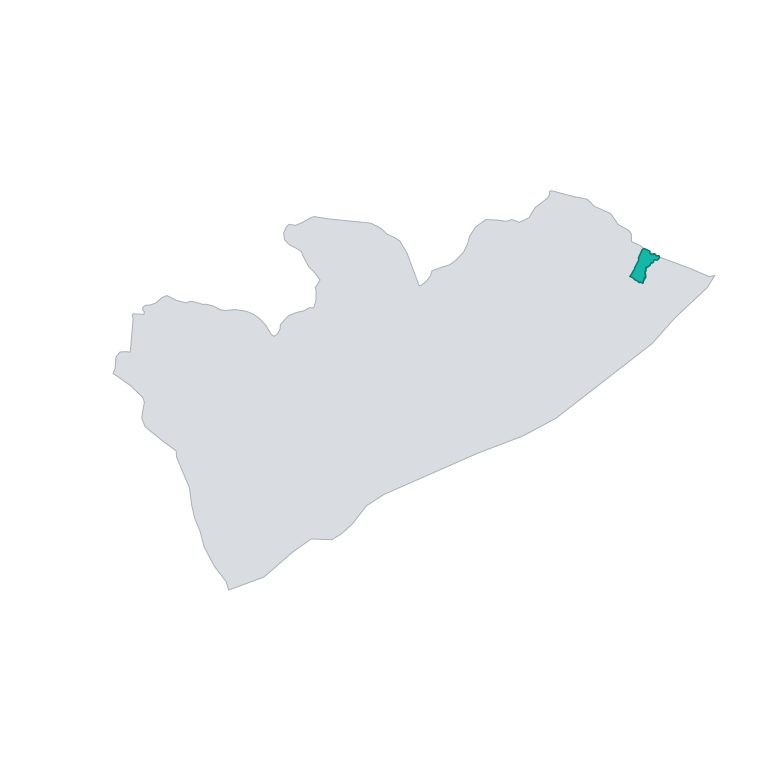 Nyenebo, River Gee, Liberia (highlighted), rotated 294°
{"feature_id": "62588387B68728641169413", "entity_name": "Nyenebo", "entity_type": "district", "adm_level": 2, "iso_a3": "LBR", "parent_name": "Liberia", "parent_adm1": "River Gee", "projection": "albers", "projection_center": [-7.727, 4.898], "detail": "fine", "context": "in_parent", "style": "filled", "palette": "teal", "viewbox_px": 768, "rotation_deg": 294, "n_neighbors": 0, "source": "geoboundaries", "source_scale": "gbopen_adm2", "svg_char_len": 4661}
<svg xmlns="http://www.w3.org/2000/svg" viewBox="0 0 768 768"><g transform="rotate(294 384 384)"><path d="M132.6,325.9L139.1,320.4L148.7,302.8L162.1,285.9L174.6,275.9L184.5,265.6L195.0,257.7L210.0,248.5L232.9,224.2L238.3,221.4L242.0,204.5L247.8,183.1L254.5,176.4L270.0,172.5L273.7,168.8L279.2,153.7L282.8,136.1L283.2,132.3L289.3,131.9L299.8,128.1L305.8,129.8L308.5,134.9L309.9,139.2L341.6,128.3L344.4,126.0L346.1,126.4L350.0,136.4L352.3,135.8L354.2,132.9L356.4,132.6L358.8,134.0L361.3,138.6L365.3,142.7L372.2,145.7L376.5,149.7L376.0,160.3L377.7,170.6L380.6,173.0L382.2,179.1L383.0,185.9L384.6,189.4L385.8,196.2L385.2,203.6L386.4,208.7L391.4,217.6L394.5,228.8L394.6,236.7L392.7,245.0L389.3,252.6L383.4,260.9L382.9,264.2L386.4,266.3L391.7,266.8L396.2,265.1L407.4,268.9L413.3,274.4L418.4,281.2L423.1,284.6L425.2,288.9L433.2,287.7L442.4,283.6L444.4,281.7L447.1,282.7L453.1,283.2L457.3,275.8L460.7,267.3L467.9,258.1L471.4,254.5L472.3,248.6L472.7,241.0L475.3,234.5L481.3,230.8L487.7,230.9L491.2,232.2L492.9,238.6L498.1,243.5L502.4,246.8L504.8,248.3L508.5,252.0L511.9,264.9L525.6,306.5L524.9,318.0L522.2,325.5L522.1,332.8L521.2,340.1L512.8,351.9L488.0,376.2L489.9,378.3L495.8,381.1L501.8,382.5L506.8,381.8L513.0,387.9L519.6,395.5L526.7,399.5L536.9,403.0L545.8,403.4L553.4,402.1L564.1,403.6L575.5,409.9L579.6,420.3L582.3,429.4L586.2,434.0L586.8,441.9L594.9,448.8L606.4,450.2L621.4,458.3L625.2,457.9L626.9,456.8L628.7,458.4L632.5,481.8L635.4,494.2L633.9,499.2L631.9,503.1L631.8,522.0L625.0,532.9L623.9,544.8L622.0,548.7L614.7,552.1L614.7,561.2L612.7,572.3L612.0,584.0L614.0,614.7L614.4,637.6L617.7,642.0L603.5,640.1L562.0,622.6L530.0,612.5L422.8,555.1L393.1,532.1L358.9,497.8L282.9,428.7L265.5,417.5L243.6,412.1L230.1,406.2L220.6,399.8L212.9,380.6L193.9,369.2L158.9,352.9L132.6,325.9Z" fill="#d9dde1" stroke="#a8b0b8" stroke-width="1"/><path d="M611.8,584.0L612.4,583.7L612.9,583.3L613.0,582.8L612.2,581.7L611.8,580.5L612.2,579.9L612.9,579.4L612.9,579.2L612.8,578.9L612.9,578.6L613.0,578.1L612.9,577.9L612.3,577.8L612.2,577.6L612.1,577.4L612.2,576.8L611.8,576.0L611.3,575.8L611.0,575.3L611.1,574.5L611.7,573.5L612.7,573.1L613.4,573.0L613.5,572.0L613.5,571.0L613.5,570.7L613.6,569.5L613.6,567.9L613.4,566.8L613.3,566.7L613.1,566.1L612.5,565.6L611.9,565.4L611.3,565.2L609.6,565.2L608.9,565.2L607.2,565.2L606.8,565.3L606.4,565.2L605.1,565.1L603.7,565.2L602.8,565.2L602.5,565.2L601.7,565.9L601.4,566.0L600.9,566.3L600.3,566.3L599.5,566.3L598.4,566.0L597.7,566.1L595.3,566.0L594.0,565.9L593.2,565.7L592.5,565.7L592.3,565.7L591.6,566.0L590.8,566.2L589.9,566.0L589.1,565.7L588.4,565.7L588.0,565.6L587.7,565.7L587.6,565.8L587.1,565.7L586.4,565.5L585.8,565.6L585.2,565.7L584.8,565.3L584.4,565.2L583.7,565.3L583.0,565.1L582.8,565.0L582.7,565.1L582.4,565.0L582.4,565.5L582.3,566.3L582.2,566.8L582.3,567.7L582.2,568.4L582.2,568.6L582.0,568.9L581.9,569.2L581.6,569.7L581.4,570.4L581.3,570.8L581.2,571.1L581.1,571.6L581.3,572.5L581.2,573.5L581.1,574.0L580.9,574.6L580.8,574.8L580.5,575.1L580.5,575.4L580.7,575.6L580.9,575.9L580.7,576.1L581.1,576.4L581.2,576.6L581.4,576.9L581.4,577.0L581.3,577.4L581.2,577.9L581.3,578.2L581.3,578.6L581.3,579.0L581.2,579.2L581.3,579.3L581.6,579.6L581.9,579.7L582.2,579.5L582.6,579.3L582.9,579.1L583.2,579.0L583.7,579.3L584.0,579.3L584.1,579.1L584.4,579.2L584.9,579.3L585.1,579.3L585.4,579.2L585.7,578.9L586.0,578.6L586.2,578.9L586.3,579.3L586.5,579.2L586.8,578.9L587.0,578.9L587.0,579.4L587.2,579.7L587.5,579.7L587.9,579.4L588.1,579.3L588.3,579.4L588.5,579.6L588.7,579.4L588.7,579.2L588.9,579.2L589.1,579.0L589.2,578.9L589.4,578.8L589.7,578.8L589.9,578.8L590.0,578.6L590.0,578.4L590.3,578.4L590.5,578.4L590.8,578.3L590.9,578.1L590.9,577.8L590.9,577.5L591.1,577.5L591.5,577.5L591.8,577.5L591.9,577.2L592.0,576.8L592.3,576.8L592.6,576.7L593.0,576.8L593.3,577.1L593.7,577.3L593.8,577.3L594.0,577.4L594.4,577.2L594.6,577.1L594.8,576.9L595.0,576.7L595.5,576.5L595.9,576.1L596.2,576.0L596.3,576.0L596.5,576.0L596.7,576.3L596.7,576.5L596.9,576.4L597.1,576.1L597.3,576.0L597.4,576.4L597.4,576.6L597.5,576.7L597.6,576.8L597.8,576.8L598.0,576.8L598.3,577.1L598.3,577.4L598.5,577.5L598.8,577.7L599.0,577.8L599.1,578.0L599.3,578.1L599.8,578.3L600.0,578.4L600.3,578.6L600.9,578.8L601.7,578.7L602.3,578.7L602.5,578.8L602.9,579.0L603.1,578.9L603.4,578.8L603.5,579.2L603.5,579.3L603.7,579.7L603.8,579.8L603.9,580.0L604.1,580.3L604.6,580.4L605.1,580.4L605.5,580.4L605.9,580.4L606.6,580.3L607.2,580.4L607.2,580.5L607.4,580.6L607.5,580.8L607.7,581.3L607.8,581.4L607.8,581.7L607.9,582.1L608.0,582.6L608.3,583.0L608.5,583.3L609.1,583.7L609.7,583.7L610.3,584.0L611.0,584.1L611.4,584.0L611.8,583.8L611.8,584.0Z" fill="#14b8a6" stroke="#0f766e" stroke-width="1.5"/></g></svg>